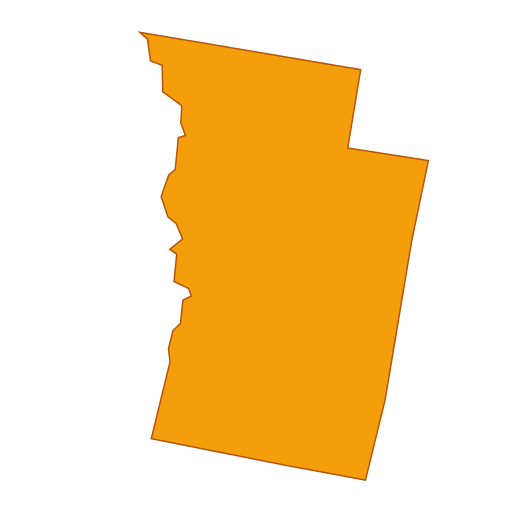 Clinton, Illinois, United States of America (Equal Earth projection), rotated 100°
{"feature_id": "52423323B49787414673276", "entity_name": "Clinton", "entity_type": "district", "adm_level": 2, "iso_a3": "USA", "parent_name": "United States of America", "parent_adm1": "Illinois", "projection": "equal_earth", "projection_center": [-89.453, 38.58], "detail": "fine", "context": "isolated", "style": "filled", "palette": "amber", "viewbox_px": 512, "rotation_deg": 100, "n_neighbors": 0, "source": "geoboundaries", "source_scale": "gbopen_adm2", "svg_char_len": 586}
<svg xmlns="http://www.w3.org/2000/svg" viewBox="0 0 512 512"><g transform="rotate(100 256 256)"><path d="M375.6,103.9L213.9,105.3L132.1,102.8L133.5,174.2L133.7,184.4L54.3,185.3L55.9,409.2L61.3,400.5L82.2,393.8L84.5,381.5L110.4,376.4L121.0,355.1L137.9,353.2L149.6,346.4L152.8,353.0L184.8,350.6L191.3,356.0L214.0,359.7L233.0,349.3L237.7,340.4L251.9,331.2L264.4,342.1L268.0,334.4L295.4,332.3L299.7,316.7L306.6,312.7L312.1,320.3L335.5,318.7L344.0,324.8L362.4,326.1L375.3,322.3L454.1,327.4L457.0,191.0L457.7,109.3L375.6,103.9Z" fill="#f59e0b" stroke="#b45309" stroke-width="1.5"/></g></svg>